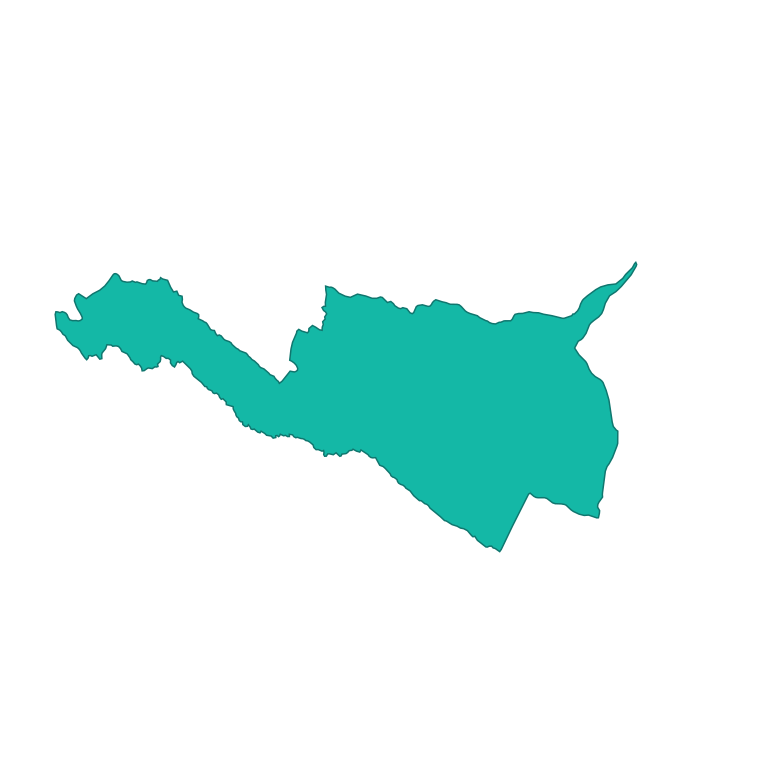 outline of Kandara, Central, Kenya, rotated 337°
{"feature_id": "3690345B86008432218279", "entity_name": "Kandara", "entity_type": "district", "adm_level": 2, "iso_a3": "KEN", "parent_name": "Kenya", "parent_adm1": "Central", "projection": "equal_earth", "projection_center": [37.007, -0.881], "detail": "fine", "context": "isolated", "style": "filled", "palette": "teal", "viewbox_px": 768, "rotation_deg": 337, "n_neighbors": 0, "source": "geoboundaries", "source_scale": "gbopen_adm2", "svg_char_len": 6171}
<svg xmlns="http://www.w3.org/2000/svg" viewBox="0 0 768 768"><g transform="rotate(337 384 384)"><path d="M541.0,573.5L541.8,571.1L542.8,569.2L553.7,550.7L557.1,547.1L560.1,545.3L565.7,540.9L574.1,532.2L575.9,530.0L580.8,518.7L579.8,517.2L578.5,512.7L579.2,508.2L584.8,486.6L586.0,476.7L586.2,468.3L585.7,466.3L584.7,464.3L581.3,459.7L579.3,455.2L578.6,450.6L578.8,444.8L578.4,442.1L574.9,433.4L573.5,425.4L579.5,420.5L583.0,420.1L585.1,419.3L589.8,416.3L596.2,409.8L598.5,408.6L602.1,407.5L607.9,406.1L611.9,404.2L615.0,401.3L619.3,396.1L626.1,390.9L633.5,389.6L635.7,388.8L640.6,386.9L654.1,380.1L662.0,374.2L663.3,372.7L663.3,370.4L661.7,371.1L658.1,374.0L649.2,377.6L645.0,380.1L636.5,382.5L628.7,380.2L621.4,379.3L615.8,379.9L605.7,382.3L600.7,383.9L599.2,384.7L596.3,387.1L593.6,390.2L590.8,392.3L586.7,393.9L585.1,393.4L583.6,394.5L575.4,393.9L573.9,393.2L565.2,386.7L558.1,382.1L554.2,378.9L549.2,376.5L545.8,374.2L539.2,373.2L535.4,371.7L531.9,371.1L530.3,372.0L527.2,374.6L525.3,375.3L519.2,372.8L515.7,372.8L514.2,372.2L510.1,372.3L507.1,370.6L505.1,368.7L503.8,366.5L502.4,365.4L498.1,360.4L496.6,357.6L490.7,352.7L488.7,350.6L487.4,348.6L485.4,342.9L484.1,340.5L482.5,339.3L476.0,336.4L472.9,333.4L469.7,331.1L464.6,326.7L462.3,327.1L460.4,328.0L458.7,329.4L456.6,330.3L454.9,329.8L450.3,326.1L445.9,325.0L444.0,325.4L439.2,329.9L437.5,330.3L435.8,328.7L434.4,323.6L431.1,321.1L428.9,321.2L427.0,319.9L424.5,316.1L424.1,313.8L422.5,310.7L419.0,310.3L416.3,303.7L414.7,302.5L410.9,302.3L406.6,300.5L401.6,295.9L394.7,290.9L386.9,291.1L382.6,288.0L377.9,282.7L375.9,277.5L374.4,275.3L373.0,274.1L371.6,273.7L368.5,271.1L367.1,275.0L366.1,279.1L361.9,285.9L360.5,289.6L358.9,289.0L356.8,289.4L357.1,292.7L358.4,294.9L358.6,297.1L355.6,299.1L355.2,301.2L351.9,302.7L351.3,305.6L349.4,307.5L348.0,310.4L345.8,308.9L343.3,305.0L341.0,302.2L336.6,303.6L335.3,306.1L333.6,307.0L329.0,303.2L326.9,300.4L324.4,301.3L323.4,302.9L316.1,309.9L312.1,315.4L306.5,325.3L308.0,327.0L309.6,329.7L310.6,332.6L310.7,335.9L309.7,337.5L308.1,338.0L306.2,337.9L302.6,335.5L291.3,341.6L287.9,342.5L287.8,340.4L286.9,338.8L286.0,336.2L285.7,333.9L282.7,330.8L282.2,329.0L279.4,323.2L276.9,320.7L276.1,319.0L275.9,317.1L273.7,312.2L272.0,309.9L271.2,307.4L270.1,305.5L269.8,303.5L269.1,301.7L264.3,297.1L263.3,294.9L262.2,293.7L261.3,292.0L259.6,288.3L259.3,286.3L258.1,284.5L255.1,281.8L254.1,280.3L252.9,276.1L251.5,274.5L249.5,274.4L248.8,271.9L248.8,268.5L247.0,267.5L245.6,266.1L244.7,259.7L244.1,257.9L242.9,256.8L241.9,255.1L238.5,251.3L239.8,249.6L240.5,247.7L239.6,246.1L236.7,243.4L234.3,239.9L231.1,236.6L230.2,234.5L229.9,232.7L230.0,229.8L231.5,227.3L232.4,224.3L229.6,222.1L229.6,217.6L226.2,217.0L225.4,211.6L225.3,204.0L221.2,200.8L219.9,198.8L218.6,200.1L216.9,200.2L215.5,200.9L211.2,198.6L209.8,196.7L208.5,196.1L206.6,196.2L205.1,197.9L203.6,198.9L200.6,197.2L196.5,193.5L194.9,193.3L192.5,190.8L190.5,191.0L187.2,189.9L183.6,187.4L182.6,185.9L182.3,181.0L181.5,179.1L180.3,177.7L178.8,177.1L177.3,177.6L171.2,181.5L165.3,184.7L159.0,186.6L151.2,187.2L143.3,189.1L138.2,181.6L135.8,182.0L132.8,184.4L131.5,186.5L131.2,191.9L131.3,195.2L132.1,200.4L132.3,204.6L131.6,206.3L129.2,206.9L127.1,206.5L125.4,205.3L122.1,204.0L119.9,202.3L119.3,199.6L119.4,196.6L118.9,194.7L117.9,193.3L116.1,191.7L113.6,191.7L111.9,190.2L110.2,189.3L108.5,191.5L105.3,202.6L104.7,205.5L106.6,207.7L107.4,209.8L107.9,212.7L109.5,215.2L109.9,220.1L112.7,227.1L116.0,230.7L116.8,232.4L117.4,234.5L117.6,237.4L118.9,243.3L119.8,245.5L121.9,244.4L123.2,242.6L124.9,243.1L126.1,244.4L130.5,244.6L132.1,250.1L134.2,250.4L135.6,246.7L136.6,245.3L141.5,242.7L144.3,239.6L148.2,241.6L149.0,243.2L152.3,244.2L154.3,245.7L155.3,248.5L155.5,251.6L159.4,255.9L160.4,260.5L160.4,262.7L161.6,265.4L162.5,268.3L163.9,269.6L165.7,269.7L166.6,271.8L167.1,274.5L166.5,277.4L168.5,278.0L171.9,277.2L173.5,277.2L176.7,279.3L179.7,278.7L181.4,279.5L182.8,279.6L183.4,277.1L186.7,275.9L188.0,274.1L188.8,272.0L190.1,270.9L191.9,272.6L193.5,275.3L195.5,276.1L196.9,278.5L195.7,281.1L196.3,284.3L197.8,286.5L199.9,285.0L201.6,283.2L203.2,282.9L204.2,284.6L207.6,284.3L211.7,294.2L212.2,297.0L211.5,299.6L212.0,302.6L216.6,311.2L218.1,316.3L219.7,317.2L219.7,319.2L220.6,320.9L221.8,321.8L223.0,323.3L223.1,325.2L224.1,326.5L226.3,327.0L227.6,329.4L227.5,332.0L228.2,334.5L230.0,334.6L231.7,338.7L230.8,341.4L236.3,345.9L235.5,348.0L235.6,350.6L236.0,352.9L235.6,354.8L235.7,356.6L236.7,358.5L236.5,361.1L237.4,362.8L238.9,363.6L238.2,366.2L239.7,368.9L241.8,369.6L243.2,368.5L243.9,371.0L244.0,373.5L245.5,374.6L246.9,374.7L249.0,379.0L250.8,380.5L252.4,379.4L254.9,382.9L255.9,385.3L259.8,387.8L260.8,390.5L263.5,391.0L264.1,389.3L265.5,389.6L266.4,391.3L267.7,390.9L268.9,389.7L271.3,392.4L273.3,392.8L274.7,394.7L276.4,395.4L277.2,393.3L280.0,395.1L280.4,397.2L281.8,399.0L283.4,399.2L286.3,401.8L287.7,402.5L288.9,403.6L290.0,405.6L291.4,406.4L292.9,408.3L294.9,412.3L294.6,415.1L295.8,417.9L297.9,418.7L300.7,421.6L302.4,421.6L302.0,423.6L300.9,425.4L301.1,427.3L302.8,427.9L304.7,426.4L306.4,426.9L309.7,429.3L313.0,428.6L315.1,433.3L316.5,433.4L317.8,432.1L321.8,433.2L323.9,432.8L325.2,432.0L326.6,431.9L328.5,432.5L330.0,431.9L332.4,435.0L335.1,437.2L337.0,435.7L341.7,442.8L342.1,444.7L343.3,446.6L344.8,447.6L347.5,448.5L348.3,457.1L351.0,459.7L352.1,462.0L354.6,469.0L354.6,471.2L355.6,473.0L356.9,474.1L358.6,477.0L358.4,479.0L358.7,480.9L360.1,482.9L361.9,484.5L363.0,486.5L363.4,488.4L366.3,492.7L367.7,498.4L371.0,505.2L372.7,506.0L374.7,510.0L376.4,511.5L377.4,513.3L377.9,516.3L384.1,528.2L386.3,533.3L387.8,534.4L391.7,540.0L395.8,543.5L398.1,546.5L400.9,548.4L403.5,551.6L405.4,557.8L406.2,559.4L408.1,559.7L408.9,564.4L414.1,573.8L415.5,574.5L417.5,574.4L419.7,575.3L420.4,577.5L422.1,578.9L425.0,583.5L427.3,582.1L446.7,565.0L474.1,541.8L475.9,541.6L478.1,546.0L479.6,547.8L481.4,548.9L487.4,551.4L489.3,553.1L492.8,559.3L494.9,561.1L500.3,563.6L503.1,565.4L504.3,566.7L507.0,572.9L508.5,575.3L512.7,580.0L516.9,583.2L521.1,584.6L527.6,590.4L529.1,590.9L531.8,587.1L533.0,584.8L532.5,580.8L533.7,578.5L535.6,576.8L541.0,573.5Z" fill="#14b8a6" stroke="#0f766e" stroke-width="1.5"/></g></svg>